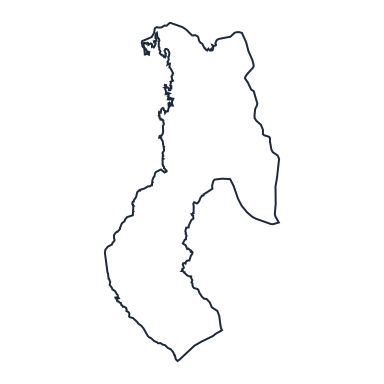 Kolaka Utara, Sulawesi Tenggara, Indonesia (Natural Earth projection)
{"feature_id": "22746128B11198700179718", "entity_name": "Kolaka Utara", "entity_type": "district", "adm_level": 2, "iso_a3": "IDN", "parent_name": "Indonesia", "parent_adm1": "Sulawesi Tenggara", "projection": "natural_earth1", "projection_center": [121.032, -3.263], "detail": "fine", "context": "isolated", "style": "outline", "palette": "slate", "viewbox_px": 384, "rotation_deg": 0, "n_neighbors": 0, "source": "geoboundaries", "source_scale": "gbopen_adm2", "svg_char_len": 5925}
<svg xmlns="http://www.w3.org/2000/svg" viewBox="0 0 384 384"><path d="M222.0,330.2L221.0,328.1L220.5,325.5L219.2,315.7L217.3,310.9L211.9,307.4L209.6,302.2L206.6,299.0L204.1,298.7L201.9,296.7L199.3,292.6L198.3,289.8L197.4,289.0L194.1,288.1L193.1,287.1L192.5,285.4L192.5,283.7L191.5,282.3L192.3,280.2L191.1,277.9L191.2,276.4L189.2,276.3L187.2,275.4L185.0,273.3L184.7,272.4L184.2,272.6L183.2,271.4L181.9,271.1L182.6,270.7L182.0,270.2L182.3,269.0L182.8,269.0L183.9,267.8L182.7,264.3L183.2,263.3L184.3,263.1L185.5,263.6L186.0,261.8L187.1,260.6L189.4,260.5L190.9,255.6L192.0,254.3L192.6,252.3L191.6,251.3L191.2,251.6L190.9,250.9L190.6,251.2L190.4,250.4L188.3,248.6L187.2,249.0L185.7,245.3L182.8,243.5L184.8,239.7L186.0,239.3L185.9,237.7L186.6,235.8L185.6,233.9L186.0,233.0L185.3,231.3L186.2,227.7L188.6,227.5L188.8,225.5L191.3,220.1L193.3,218.6L193.2,215.7L192.2,215.3L191.5,214.1L193.5,213.3L193.2,212.7L193.6,212.1L193.7,206.4L193.3,203.8L194.2,202.2L196.9,203.5L197.8,202.9L199.3,200.9L200.3,198.1L201.8,195.8L203.6,195.4L203.6,194.4L212.4,188.8L212.1,185.8L213.2,181.4L214.5,179.6L222.2,178.7L230.1,179.1L233.5,185.7L238.1,198.9L241.7,205.8L247.4,212.7L252.6,217.0L255.9,218.7L271.1,224.1L273.0,224.2L278.8,222.5L275.4,216.4L274.8,214.0L275.7,203.9L275.5,186.6L277.1,176.9L279.1,158.8L277.5,155.4L272.8,152.2L271.4,149.6L270.0,141.7L270.0,138.3L269.2,136.8L264.2,135.3L262.9,134.1L263.0,130.0L260.9,124.8L256.4,120.8L254.7,118.2L254.5,115.3L255.2,108.9L257.0,105.3L257.3,103.4L253.7,91.2L251.2,89.6L247.9,82.6L244.9,78.2L245.4,76.7L247.4,73.8L252.9,67.8L253.6,66.4L253.6,64.8L252.4,60.1L248.4,51.0L246.1,42.1L241.9,32.9L239.0,32.1L236.7,32.2L234.6,32.8L230.4,36.7L218.5,39.0L216.7,40.2L215.4,43.1L216.1,44.9L215.5,45.6L213.5,45.8L212.3,45.2L213.2,47.4L212.5,47.9L213.1,48.9L212.5,50.3L211.8,50.3L211.6,49.8L212.0,49.3L211.5,49.0L210.5,49.5L210.4,50.5L209.7,50.4L208.4,48.8L207.9,49.6L207.1,49.7L207.0,50.3L205.6,49.5L205.1,48.3L204.5,48.2L202.2,43.7L200.4,42.7L199.1,40.8L198.3,37.4L197.6,36.3L195.2,35.2L192.2,35.5L185.9,29.4L182.4,27.1L171.1,23.1L169.6,23.0L166.5,25.8L164.6,25.5L161.7,27.3L159.2,27.6L156.9,27.2L155.3,27.9L154.7,28.8L154.1,33.0L151.6,37.1L142.2,41.1L141.7,43.0L142.5,44.9L142.3,46.0L144.3,48.5L144.8,54.5L145.7,54.4L146.8,53.2L147.3,53.9L148.9,54.7L149.2,52.1L148.6,52.3L147.7,51.5L146.9,51.4L146.1,49.3L144.9,48.7L144.8,47.9L143.9,47.3L144.0,46.4L143.2,44.4L143.9,43.9L144.0,43.0L144.8,42.8L146.4,43.8L147.2,42.7L147.9,42.9L148.4,43.6L148.4,44.9L150.7,43.4L152.0,44.4L152.0,46.5L152.6,46.0L153.6,47.5L154.0,47.4L155.6,44.0L155.5,42.9L154.2,42.6L153.9,41.2L156.5,40.8L156.4,39.0L155.5,38.3L155.4,35.9L156.3,33.3L156.9,32.8L157.6,37.5L158.9,38.7L159.4,40.6L158.8,41.9L158.7,46.7L159.5,47.8L159.2,49.4L160.5,51.5L159.7,53.0L160.9,54.6L161.9,54.7L162.4,55.6L163.2,55.5L164.1,57.0L164.8,56.8L165.1,57.2L165.9,55.9L165.4,54.7L166.0,53.6L165.4,53.1L164.5,50.8L165.5,49.0L166.6,49.0L168.1,49.9L169.4,52.9L169.0,56.0L168.2,56.9L168.7,59.0L168.4,60.6L167.5,61.8L167.9,63.3L167.6,64.5L169.1,63.5L169.9,63.6L169.4,67.4L170.4,68.2L173.1,73.2L172.5,74.1L172.7,74.8L171.4,76.4L172.0,77.9L171.8,78.9L173.0,80.7L170.5,81.7L170.9,82.7L170.4,85.0L171.0,85.7L170.5,85.9L170.9,86.4L170.7,87.0L171.3,87.0L171.4,87.5L171.3,88.5L170.5,88.9L170.3,90.2L168.9,90.2L169.1,89.2L167.8,87.6L166.8,87.3L166.3,86.2L165.7,86.1L165.4,85.4L165.7,85.0L165.0,84.8L164.7,85.5L166.2,87.2L165.9,87.6L166.3,88.7L165.8,87.8L165.0,87.9L165.5,88.2L165.1,88.9L166.2,92.1L165.7,94.2L166.6,94.2L167.9,92.9L169.5,93.5L168.2,94.1L168.7,95.1L168.2,95.9L168.7,96.9L168.3,97.0L169.1,97.9L168.0,98.7L167.8,99.4L169.4,99.5L170.2,97.9L170.5,98.1L170.1,98.4L170.4,99.2L170.1,99.8L170.7,99.3L172.0,99.6L172.5,98.9L172.1,98.5L173.3,98.8L172.0,101.7L172.1,104.0L172.8,105.5L171.8,105.5L171.1,104.5L170.7,105.0L170.8,103.8L170.6,103.6L170.7,104.2L170.2,104.2L169.7,103.0L168.6,103.1L168.4,104.0L169.1,104.6L168.6,105.4L168.9,106.9L167.8,111.3L166.3,111.3L165.1,113.0L164.9,112.1L165.3,111.1L164.0,110.3L163.5,108.3L162.7,108.0L161.3,109.3L160.7,112.7L159.2,111.8L158.9,112.9L159.3,114.8L158.8,115.6L159.6,116.0L159.4,117.7L160.2,118.1L160.3,119.1L160.9,118.9L161.5,120.6L161.6,119.9L162.6,119.6L163.4,120.7L163.2,122.0L163.9,123.6L163.8,124.5L162.8,126.1L163.2,131.2L162.6,134.0L161.5,135.7L160.7,135.7L160.1,136.5L159.6,136.2L159.2,137.7L161.2,137.8L161.4,139.3L162.7,141.1L163.5,146.5L164.1,146.8L163.8,147.9L164.1,150.5L162.5,153.0L163.2,155.7L162.8,155.7L162.6,158.7L163.3,159.0L162.6,159.5L162.6,164.4L163.1,164.9L162.9,165.7L164.1,167.1L164.0,168.2L165.2,169.2L165.5,170.1L166.5,170.5L166.6,171.5L164.6,172.5L160.9,169.5L155.8,172.1L154.8,174.1L154.4,176.6L153.5,177.3L152.4,180.2L152.3,181.6L152.7,182.3L152.2,182.6L151.9,185.4L151.0,185.4L149.8,186.4L148.0,186.3L144.1,188.7L140.9,189.5L140.1,190.6L139.4,190.1L137.2,192.3L136.1,197.0L133.8,200.4L133.7,201.6L132.7,201.9L132.3,203.5L133.4,205.3L132.9,205.2L133.3,206.0L133.1,210.9L133.5,211.4L133.0,212.0L132.8,215.3L127.1,217.1L125.0,219.6L124.6,221.2L121.9,223.3L119.9,228.2L120.0,229.0L117.5,231.8L117.0,231.7L115.3,233.2L114.0,235.1L114.0,238.2L114.6,239.9L114.4,240.8L112.5,242.9L111.9,244.5L107.7,246.8L105.4,249.7L104.9,252.6L107.5,272.5L108.0,273.5L108.6,278.8L109.1,278.9L110.2,282.0L109.7,284.9L112.2,288.3L112.3,289.3L115.1,291.1L116.7,294.0L117.5,294.7L118.1,297.2L118.9,298.3L118.3,298.5L116.2,297.4L115.4,297.5L115.6,298.3L116.7,299.1L117.3,301.3L118.4,301.3L119.6,302.6L120.9,303.0L121.3,305.0L122.3,305.5L122.9,306.8L124.1,306.7L126.1,307.9L126.7,309.8L126.4,311.0L128.4,312.0L129.4,313.5L129.1,316.5L130.0,317.3L132.9,318.0L137.1,321.9L138.2,323.5L141.5,325.9L143.5,328.4L147.7,335.8L148.6,336.9L151.2,338.3L154.3,341.2L156.8,342.1L158.2,343.3L160.6,343.1L163.0,344.8L165.0,345.1L167.7,347.8L171.0,349.5L173.4,352.5L174.3,355.2L174.8,355.2L175.8,359.3L177.6,361.0L180.1,359.1L194.4,345.7L201.7,341.5L213.0,336.0L215.5,333.9L222.0,330.2Z" fill="none" stroke="#1e293b" stroke-width="2"/></svg>